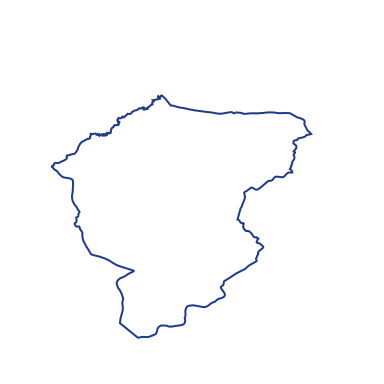 the district of Andoung Meas, Rôtânôkiri, Cambodia, rotated 56°
{"feature_id": "14789045B1558360713921", "entity_name": "Andoung Meas", "entity_type": "district", "adm_level": 2, "iso_a3": "KHM", "parent_name": "Cambodia", "parent_adm1": "Rôtânôkiri", "projection": "natural_earth1", "projection_center": [107.29, 13.96], "detail": "fine", "context": "isolated", "style": "outline", "palette": "blue", "viewbox_px": 384, "rotation_deg": 56, "n_neighbors": 0, "source": "geoboundaries", "source_scale": "gbopen_adm2", "svg_char_len": 5918}
<svg xmlns="http://www.w3.org/2000/svg" viewBox="0 0 384 384"><g transform="rotate(56 192 192)"><path d="M210.6,60.8L209.1,60.9L205.5,61.8L203.1,61.6L199.6,61.1L198.3,60.8L196.7,59.2L195.5,58.9L193.9,59.4L192.2,60.4L190.8,61.4L189.2,62.9L182.1,66.4L181.0,67.2L178.2,71.2L175.3,75.9L172.0,79.5L170.6,81.4L168.0,85.3L166.2,88.9L163.2,94.1L161.1,97.0L159.0,100.3L157.2,103.9L155.9,105.6L154.9,106.2L153.7,107.3L150.9,110.6L150.5,111.5L150.4,113.0L150.1,113.4L149.1,113.9L148.6,114.0L147.7,114.8L146.8,116.5L143.9,123.1L143.1,124.6L140.5,127.8L136.6,131.7L134.8,134.0L126.0,143.9L122.1,147.9L118.1,151.6L115.7,154.3L113.5,156.4L109.2,160.0L108.7,161.1L108.3,161.3L99.2,162.0L97.6,162.5L95.1,163.0L95.2,163.8L94.9,164.2L95.0,164.7L95.4,165.1L95.6,165.8L95.1,166.1L93.6,166.4L93.8,166.9L94.7,167.3L95.1,167.3L96.4,166.6L96.2,166.2L96.8,166.3L96.7,166.7L96.5,167.3L96.1,167.7L96.1,168.3L95.5,169.8L94.9,170.6L95.0,171.4L94.0,173.0L95.4,172.8L95.6,173.3L95.5,174.6L95.8,175.3L97.3,175.7L97.3,176.3L96.9,177.8L97.0,178.2L97.4,179.3L97.0,180.7L97.3,181.4L98.3,182.3L98.1,182.7L97.1,183.0L97.5,183.8L97.5,184.3L97.1,185.4L96.7,185.9L96.1,185.5L95.2,184.5L94.6,184.8L94.3,185.7L94.4,186.3L94.3,186.7L94.6,187.2L93.3,188.5L93.1,188.9L93.1,189.5L93.4,190.5L93.1,192.4L92.2,194.6L92.4,195.9L92.2,196.7L92.2,197.1L92.9,198.9L92.3,200.4L91.1,201.6L91.7,203.3L91.5,204.0L92.2,206.5L91.8,206.9L90.7,207.3L90.8,207.8L90.7,208.3L91.3,209.1L90.6,210.6L89.5,211.6L90.6,212.9L90.4,213.5L91.0,213.9L91.4,214.0L92.0,213.9L92.9,213.2L93.3,213.0L93.7,213.3L93.5,214.5L94.6,214.6L95.1,215.2L95.3,215.7L94.6,216.4L94.1,217.7L93.5,218.4L93.3,218.9L93.5,219.5L94.0,219.9L94.0,220.9L94.3,221.3L94.1,221.9L94.4,223.5L95.2,224.0L95.4,224.8L95.7,225.2L96.4,225.3L97.5,226.3L97.6,226.8L97.0,227.8L96.2,228.1L95.4,229.4L95.4,229.8L95.7,229.8L96.2,229.5L96.7,229.6L97.0,230.1L97.1,230.6L96.3,230.6L96.8,232.3L96.5,232.7L95.5,232.0L95.0,232.3L94.4,233.0L94.4,233.5L95.3,233.4L95.6,234.0L95.4,234.6L95.1,234.8L93.6,234.9L93.5,236.9L93.0,236.8L92.7,236.6L92.0,236.6L92.3,237.6L92.9,237.7L92.1,238.2L91.6,238.2L91.2,239.0L90.5,238.5L89.7,239.2L88.9,240.6L88.7,241.6L87.1,243.4L87.7,243.9L88.6,244.3L89.1,245.5L90.2,246.2L90.3,247.9L89.5,248.8L89.5,250.2L89.2,251.4L89.3,252.2L89.1,253.8L89.1,254.3L88.8,255.1L89.5,257.9L91.3,261.3L92.6,262.7L93.9,265.3L94.5,267.4L94.5,268.4L93.2,271.3L92.8,273.0L91.8,275.4L92.3,276.0L93.2,276.2L94.3,277.4L94.4,279.4L94.3,280.8L93.9,282.9L93.6,283.6L93.7,284.7L93.5,285.8L92.7,287.5L91.8,288.4L91.3,289.4L91.3,289.9L91.5,290.6L91.9,291.2L92.5,291.4L92.3,293.7L92.9,294.2L94.9,293.5L95.9,293.7L99.6,292.1L102.1,292.1L106.4,291.2L108.4,290.0L111.8,286.2L113.4,285.0L115.3,284.2L116.9,284.9L120.5,287.2L122.6,289.0L124.4,290.2L128.7,294.1L131.0,295.3L133.1,296.0L136.2,296.4L140.4,296.1L142.6,296.5L143.6,296.4L144.6,296.2L145.3,296.2L145.8,296.7L146.5,298.2L148.0,299.4L148.6,300.1L148.5,302.4L149.8,303.0L150.6,303.2L151.9,304.4L152.4,305.3L152.2,306.3L152.6,307.0L153.4,307.4L155.7,307.3L156.5,306.6L157.1,305.4L157.6,304.8L159.0,305.1L159.9,305.6L163.6,305.5L164.5,305.7L167.6,307.8L171.0,309.2L172.5,309.5L178.4,310.1L180.9,310.1L187.2,310.5L189.1,309.1L193.8,304.8L198.8,301.1L202.6,298.9L206.7,297.2L210.8,295.1L213.8,292.9L224.5,284.4L224.9,284.4L225.1,284.9L224.3,290.6L224.3,295.2L223.4,299.7L223.6,302.4L224.2,303.9L225.3,305.4L227.3,306.2L230.8,307.0L232.5,306.7L237.9,307.4L239.7,308.1L241.6,308.5L245.1,311.9L248.9,313.8L251.4,315.7L257.0,322.1L260.4,325.1L282.6,318.3L284.4,314.1L287.4,310.0L287.9,309.1L288.9,304.9L289.4,302.0L289.4,301.1L287.9,298.9L286.4,297.5L285.5,295.8L285.2,294.7L285.3,292.6L286.2,291.0L288.2,288.4L289.0,287.4L290.3,286.7L290.9,286.1L292.3,283.9L296.4,275.2L296.9,273.7L296.9,273.0L296.8,272.0L295.8,270.4L294.4,269.3L292.8,268.8L292.2,268.3L291.5,267.2L289.8,265.8L287.1,264.2L286.0,263.1L285.0,261.9L284.3,260.2L284.4,258.6L286.4,254.6L288.4,252.4L294.1,246.6L294.9,245.0L295.3,242.6L295.0,238.1L295.2,236.6L295.6,235.0L295.7,233.9L295.3,231.0L295.4,229.9L296.5,226.7L296.7,224.4L296.5,223.3L296.0,222.6L295.3,222.0L294.4,221.7L292.9,221.6L288.5,221.8L287.4,221.6L286.8,220.7L286.7,218.3L286.4,217.8L284.2,215.7L283.9,215.1L284.2,208.6L284.2,201.5L284.8,196.2L284.9,194.9L285.3,193.1L285.5,191.0L284.9,187.0L284.9,184.1L285.4,178.7L285.4,177.4L285.2,176.8L283.3,176.4L281.6,174.0L280.8,172.6L280.3,171.9L279.2,171.1L278.8,170.6L278.5,169.8L278.1,164.9L277.7,163.9L277.4,163.7L276.8,163.6L273.1,164.4L272.2,165.0L271.7,165.6L270.1,166.5L269.3,166.2L268.9,165.2L268.6,164.8L267.8,164.2L267.9,163.1L267.5,163.0L265.8,163.8L265.4,164.1L265.0,165.1L263.8,165.9L260.3,165.9L258.9,166.0L256.6,166.6L255.7,167.3L254.7,168.9L253.8,169.3L253.0,169.1L251.8,169.7L251.3,169.6L250.7,169.2L249.8,169.3L248.9,168.4L248.2,168.1L247.2,166.8L246.4,167.0L246.2,167.4L245.8,167.7L245.7,168.1L244.7,168.7L244.2,168.9L243.1,168.7L241.5,168.8L241.1,169.1L240.4,169.3L240.2,169.6L232.5,160.6L232.3,159.7L231.7,158.6L230.9,157.8L228.7,154.4L226.7,151.7L225.8,150.9L224.4,150.2L223.1,149.8L221.7,149.1L221.5,148.2L221.7,145.9L221.4,140.5L222.1,139.5L222.7,139.4L223.7,138.8L225.0,138.3L225.8,137.6L226.5,136.7L226.7,135.3L226.5,131.0L225.5,123.1L225.7,122.3L226.8,120.2L227.0,119.0L226.9,118.1L226.3,116.6L226.0,115.2L226.1,114.0L228.0,111.5L229.9,109.4L230.5,108.3L230.7,107.0L230.6,106.3L229.7,102.8L229.9,101.2L230.5,99.9L231.4,98.8L231.9,98.0L231.4,97.5L230.7,97.5L229.1,97.5L227.7,98.1L226.4,95.4L225.8,95.2L225.4,94.8L224.8,93.4L223.5,92.5L222.8,91.3L222.0,89.2L221.4,88.4L220.7,87.8L219.8,87.3L218.6,87.3L217.9,87.0L217.7,86.6L217.4,85.0L217.0,84.6L216.6,84.4L216.1,84.5L215.3,85.2L215.0,84.8L214.4,82.2L213.7,80.9L213.0,80.1L212.2,79.8L211.5,79.8L210.6,79.9L209.1,80.7L208.4,80.7L207.5,79.9L206.7,79.5L206.6,78.7L206.8,77.7L207.7,75.8L207.6,75.3L207.1,74.8L207.0,74.0L208.4,70.5L209.2,67.8L209.2,66.7L208.8,65.9L209.1,64.2L209.8,63.1L210.6,60.8Z" fill="none" stroke="#1e3a8a" stroke-width="2"/></g></svg>